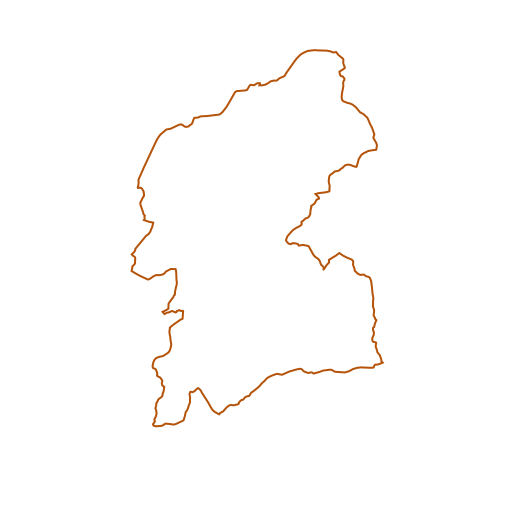 the district of Lang Chanh, Thanh Hóa, Vietnam, rotated 241°
{"feature_id": "81297802B3900213451305", "entity_name": "Lang Chanh", "entity_type": "district", "adm_level": 2, "iso_a3": "VNM", "parent_name": "Vietnam", "parent_adm1": "Thanh Hóa", "projection": "natural_earth1", "projection_center": [105.128, 20.149], "detail": "fine", "context": "isolated", "style": "outline", "palette": "amber", "viewbox_px": 512, "rotation_deg": 241, "n_neighbors": 0, "source": "geoboundaries", "source_scale": "gbopen_adm2", "svg_char_len": 6135}
<svg xmlns="http://www.w3.org/2000/svg" viewBox="0 0 512 512"><g transform="rotate(241 256 256)"><path d="M209.8,112.1L208.0,111.7L207.6,111.8L206.3,113.0L205.3,113.4L202.0,112.9L201.0,112.6L199.3,111.4L198.8,111.5L196.1,113.3L193.3,113.6L192.1,113.5L190.6,112.0L188.6,111.4L187.7,111.5L186.1,112.3L182.3,109.5L180.9,107.6L179.7,107.0L179.0,106.0L178.5,105.2L178.2,102.6L177.8,100.9L176.0,98.5L175.7,97.5L173.7,96.3L171.6,94.2L169.1,93.8L166.3,92.6L164.2,90.6L162.3,87.8L160.6,87.5L160.2,87.2L158.8,84.3L157.3,84.2L155.6,85.8L153.4,90.7L153.1,91.8L153.0,93.3L153.3,94.2L153.3,95.5L150.9,99.1L148.5,102.2L148.0,103.9L147.8,105.9L147.4,111.7L147.5,112.9L147.7,113.3L150.4,116.1L153.6,118.9L154.3,120.7L156.0,122.9L158.1,125.0L159.8,127.2L162.4,128.6L164.2,129.8L167.1,130.7L168.5,131.9L168.9,132.4L168.9,133.0L168.7,133.4L167.7,134.4L167.6,135.6L167.6,137.0L168.2,138.5L168.6,141.1L168.4,141.5L165.4,142.5L162.4,142.4L152.3,143.1L143.9,143.2L142.1,143.4L139.5,144.4L135.4,147.0L136.1,148.6L136.0,152.0L137.6,156.2L138.2,159.0L138.3,160.0L137.7,162.2L136.8,163.2L135.9,165.0L135.0,168.8L135.1,169.1L136.0,169.9L137.0,172.4L137.0,173.8L136.6,174.7L136.7,175.5L137.8,178.3L137.6,180.1L137.0,182.0L137.1,182.7L138.7,185.3L139.2,189.5L140.3,195.3L142.0,199.9L142.5,202.7L143.7,206.0L143.9,207.9L143.8,210.5L143.5,213.2L142.9,216.8L142.4,217.7L139.5,221.2L138.8,229.2L136.9,237.3L136.0,239.8L135.3,240.8L134.3,241.3L132.2,241.8L130.3,243.1L128.5,244.9L128.1,245.5L127.8,247.0L127.4,248.0L126.7,248.7L125.2,249.5L123.8,255.5L123.3,259.0L120.8,265.4L119.7,267.0L116.5,268.9L111.0,277.4L110.1,281.8L110.1,286.0L109.2,290.1L107.7,293.8L102.8,301.8L101.5,304.4L101.5,304.9L102.7,306.2L103.1,307.2L103.1,307.8L102.4,309.0L101.8,311.2L101.3,315.1L103.0,314.7L105.4,315.5L108.6,316.1L109.9,316.1L112.7,315.5L116.2,316.4L118.1,316.6L119.2,317.0L121.8,319.0L122.5,318.8L123.8,317.2L124.5,316.8L125.0,316.7L126.7,317.3L127.4,317.6L128.1,318.2L130.0,320.8L131.7,321.9L132.4,322.2L134.3,322.4L136.4,323.5L136.7,325.0L139.4,327.4L141.5,330.2L143.1,329.7L144.0,330.0L146.9,330.0L151.0,332.9L152.5,333.4L154.9,333.7L160.4,336.9L162.4,338.3L166.4,339.6L173.5,342.7L178.4,344.6L181.7,345.0L183.1,344.4L185.0,342.4L187.3,341.4L188.2,339.8L188.8,338.1L191.1,336.5L195.2,335.2L196.8,335.9L201.3,336.6L203.1,337.8L204.7,338.5L206.6,337.9L211.0,334.4L214.5,332.1L218.1,330.4L218.2,330.0L217.6,326.2L217.3,317.9L214.9,316.8L213.8,313.3L211.9,309.9L211.4,308.6L211.5,308.5L213.0,309.6L214.3,309.5L217.0,308.7L220.0,309.2L221.9,309.3L224.0,308.7L226.4,307.4L227.5,307.1L229.5,306.8L238.8,306.8L239.5,306.5L243.1,302.2L244.0,299.2L244.5,298.4L245.5,298.5L246.2,298.4L248.0,296.6L249.5,294.1L249.4,292.3L250.5,291.0L250.9,290.6L253.4,289.8L255.4,289.9L258.0,293.0L260.3,299.3L260.7,300.8L261.1,304.4L260.9,308.5L261.2,310.7L261.9,311.6L263.4,312.0L263.9,312.5L263.9,313.9L264.8,317.3L264.4,320.5L264.7,321.3L266.2,323.6L270.0,326.2L271.7,327.9L273.0,328.5L273.4,332.1L273.8,333.3L275.6,335.7L275.7,336.2L275.8,337.0L275.6,338.8L275.7,339.0L277.1,339.3L281.3,338.1L280.7,341.0L277.8,348.2L277.0,351.4L277.6,352.1L278.7,352.4L280.0,353.5L282.6,354.8L284.6,355.2L286.6,356.1L290.2,358.8L290.7,359.7L291.0,360.8L291.2,363.3L291.7,365.3L291.6,366.3L290.6,369.6L290.5,370.6L291.0,372.0L291.3,375.2L291.9,376.7L292.0,378.3L291.5,380.4L290.3,382.2L289.0,383.5L287.6,384.5L285.3,386.9L285.4,387.4L291.0,392.9L293.3,397.1L293.7,399.7L293.4,405.0L292.5,408.0L290.7,412.3L290.7,412.7L293.7,415.1L294.6,415.6L297.0,416.0L302.3,415.9L303.0,416.3L304.7,418.3L305.6,418.6L312.2,419.7L315.8,419.7L322.0,420.4L323.4,420.3L328.2,418.7L331.2,416.7L337.6,415.5L341.5,413.9L343.8,412.2L345.8,410.0L347.5,408.6L349.0,407.4L350.6,407.0L353.2,407.8L356.5,410.0L362.0,414.6L365.2,416.2L366.5,417.3L367.2,418.7L368.1,419.3L370.7,419.0L371.3,418.6L372.2,417.5L372.9,417.4L374.5,417.5L376.8,418.4L377.1,423.3L377.3,424.4L377.5,425.0L382.1,425.7L383.7,426.5L385.1,427.5L386.2,427.8L391.9,425.5L395.5,425.0L396.6,422.2L398.8,420.4L401.2,417.6L405.9,409.7L407.6,407.2L410.3,400.6L410.6,397.3L410.7,394.4L410.5,392.2L409.0,387.2L406.8,382.4L401.3,371.0L399.8,368.7L399.6,367.5L400.1,362.7L399.4,359.3L399.7,358.6L400.8,356.6L401.6,353.7L401.6,352.7L401.3,351.1L401.3,347.8L401.5,346.7L402.3,344.1L403.6,341.8L404.1,342.6L404.8,343.0L405.4,343.1L405.8,342.4L406.5,340.5L406.3,337.3L406.6,336.6L408.2,334.6L408.3,334.2L408.2,333.2L405.6,328.7L406.0,326.9L409.4,319.4L409.6,318.1L409.4,317.0L402.9,306.3L400.7,302.5L398.2,296.7L397.5,293.6L397.6,292.2L402.5,280.2L404.1,277.2L405.0,275.0L405.2,272.5L406.7,269.0L405.1,266.8L403.5,265.2L402.6,263.7L402.5,261.4L402.1,260.3L402.2,259.0L403.0,257.2L403.8,256.3L405.6,255.6L407.3,254.5L407.9,253.1L408.2,251.2L408.7,243.0L410.1,238.9L408.6,231.5L407.7,229.3L405.6,225.4L388.2,201.4L379.7,190.2L376.7,188.7L374.7,187.2L373.3,185.9L372.8,185.7L371.9,187.8L371.0,188.5L370.2,188.9L367.0,189.0L364.4,188.0L362.8,187.1L362.2,185.7L358.6,180.5L356.3,179.7L348.8,178.4L347.4,177.9L345.1,178.3L344.5,177.5L343.4,177.1L342.3,176.4L341.8,175.4L337.8,179.0L335.0,182.3L331.4,179.0L330.2,177.2L328.6,175.5L327.2,172.6L327.0,169.8L320.8,154.1L320.6,153.7L319.5,153.1L318.6,151.5L317.7,148.1L316.4,148.3L314.1,149.5L312.8,149.4L308.1,146.5L307.5,145.2L306.9,143.0L303.2,139.9L298.2,142.8L294.5,145.2L288.1,149.8L287.7,150.4L287.4,151.6L287.9,155.7L287.9,158.0L287.4,160.3L286.5,161.4L285.7,163.1L285.0,166.0L285.4,168.2L286.1,169.8L285.9,175.3L283.5,179.3L281.9,178.9L279.4,177.8L273.3,174.7L271.3,174.0L268.8,172.3L268.0,171.3L264.3,168.1L261.5,166.3L261.2,165.0L259.8,163.4L259.5,162.2L256.9,156.7L256.4,156.2L252.6,154.0L252.2,153.0L252.4,147.2L249.6,147.8L249.6,150.5L248.9,152.3L249.0,153.4L248.8,153.5L248.6,156.0L245.8,158.1L245.5,158.6L245.5,159.2L246.0,159.5L246.2,159.8L245.8,162.7L244.8,163.2L243.7,164.8L243.4,165.5L243.0,165.5L236.7,161.3L236.9,159.0L236.0,150.5L235.3,146.4L234.9,145.7L233.5,145.0L232.4,143.9L231.2,143.3L229.0,142.4L226.4,141.7L225.0,140.9L219.5,138.9L216.1,135.9L214.5,133.7L213.9,131.7L213.6,126.7L213.7,125.8L214.9,121.7L215.1,118.9L214.3,116.7L213.8,115.9L212.2,114.1L209.8,112.1Z" fill="none" stroke="#b45309" stroke-width="2"/></g></svg>